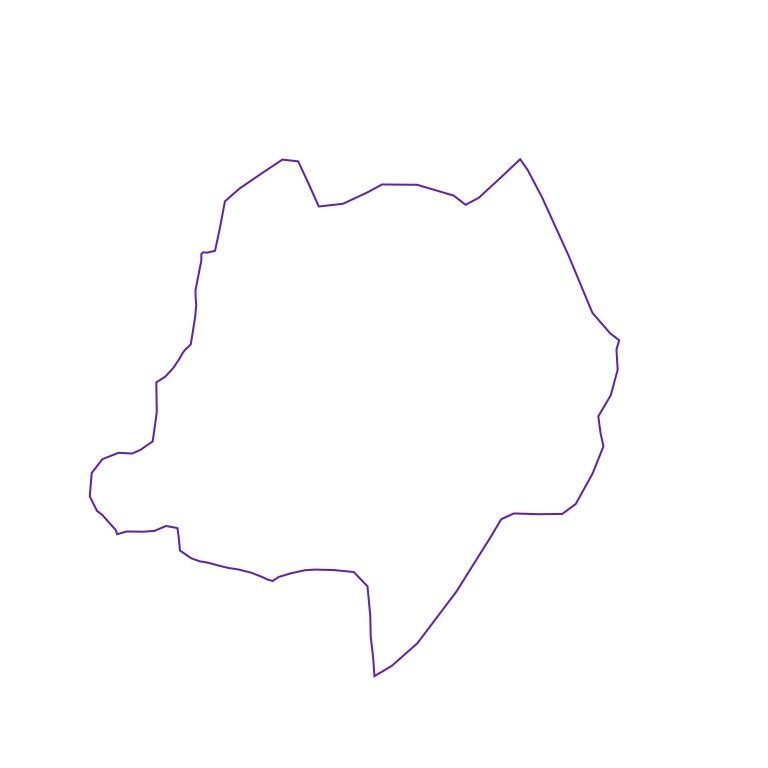 Kigali City, Natural Earth projection, rotated 28°
{"feature_id": "RWA-3495", "entity_name": "Kigali City", "entity_type": "Province", "adm_level": 1, "iso_a3": "RWA", "parent_name": "Rwanda", "parent_adm1": "", "projection": "natural_earth1", "projection_center": [30.091, -1.927], "detail": "fine", "context": "isolated", "style": "outline", "palette": "violet", "viewbox_px": 768, "rotation_deg": 28, "n_neighbors": 0, "source": "natural_earth", "source_scale": "10m", "svg_char_len": 1365}
<svg xmlns="http://www.w3.org/2000/svg" viewBox="0 0 768 768"><g transform="rotate(28 384 384)"><path d="M218.9,641.9L215.3,638.7L205.6,635.2L196.9,631.9L190.2,630.8L177.0,621.4L167.7,599.8L170.6,582.6L181.9,569.4L194.3,563.6L199.7,556.8L206.7,543.2L196.7,515.8L182.2,489.4L187.4,480.2L190.4,469.0L191.5,457.7L191.7,450.9L192.2,447.6L194.8,439.8L190.4,426.9L185.8,413.5L181.2,402.5L176.7,395.5L173.5,389.6L169.4,376.1L164.8,360.9L161.7,355.0L162.5,352.7L166.5,350.8L172.3,345.7L166.2,324.4L157.8,297.4L164.6,279.4L177.3,255.1L188.9,233.6L203.7,227.7L224.2,243.2L243.1,257.9L263.2,244.1L279.9,221.9L288.5,208.8L319.6,192.6L357.2,184.9L371.9,187.5L380.3,175.0L390.9,144.8L398.7,121.6L410.7,127.8L436.1,145.1L486.7,184.0L534.7,223.4L559.9,233.1L571.1,235.0L573.1,244.5L583.6,261.7L589.5,287.4L588.4,311.9L598.0,325.4L607.0,336.0L610.2,365.1L609.6,400.0L602.4,415.0L581.4,426.5L559.3,437.4L551.0,448.4L550.0,469.0L545.4,533.1L535.2,597.2L523.1,629.4L512.7,646.4L502.7,630.4L491.0,613.5L480.6,595.0L464.4,570.4L445.6,564.2L426.9,571.9L410.5,580.1L401.7,585.5L391.0,594.5L381.8,603.6L378.0,610.3L372.8,611.4L368.4,611.5L356.0,612.8L342.2,616.2L333.3,619.4L323.2,622.0L314.1,624.0L308.9,625.5L304.6,627.1L295.2,628.4L282.0,626.8L274.8,615.9L269.3,608.2L258.2,611.7L250.2,621.5L240.7,627.5L225.9,635.1L218.9,641.9Z" fill="none" stroke="#5b21b6" stroke-width="2"/></g></svg>